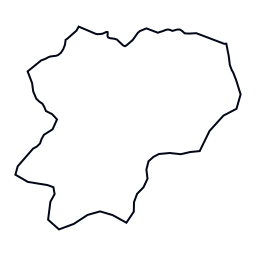 an SVG outline of Artvin
{"feature_id": "TUR-2298", "entity_name": "Artvin", "entity_type": "Province", "adm_level": 1, "iso_a3": "TUR", "parent_name": "Turkey", "parent_adm1": "", "projection": "albers", "projection_center": [41.741, 41.035], "detail": "fine", "context": "isolated", "style": "outline", "palette": "ink", "viewbox_px": 256, "rotation_deg": 0, "n_neighbors": 0, "source": "natural_earth", "source_scale": "10m", "svg_char_len": 1236}
<svg xmlns="http://www.w3.org/2000/svg" viewBox="0 0 256 256"><path d="M224.2,43.8L226.3,43.7L228.7,55.9L229.8,64.8L231.7,70.0L233.1,72.3L236.0,79.7L240.6,94.4L236.5,108.8L223.4,115.6L209.5,131.0L199.7,151.1L190.3,152.0L180.8,154.2L169.8,153.0L158.9,154.0L153.4,156.9L148.5,161.3L146.4,169.6L147.5,178.7L143.5,187.3L137.1,193.8L134.0,202.2L133.8,211.7L126.4,222.7L112.6,215.1L100.1,211.4L87.6,214.9L73.8,223.9L59.0,229.4L48.1,219.7L50.4,201.7L54.6,194.1L53.4,187.2L47.6,185.1L27.8,181.9L15.4,174.7L17.7,166.3L33.1,148.6L36.8,146.6L40.0,143.5L41.5,139.2L43.9,134.8L52.6,129.3L57.0,119.4L52.2,114.2L45.9,111.0L44.4,107.2L42.5,103.8L39.2,101.5L36.3,98.7L33.2,91.4L32.1,83.1L27.9,72.1L27.6,71.5L27.6,71.4L41.2,60.4L45.2,58.9L48.6,57.1L50.3,56.5L55.9,55.8L58.0,55.1L60.9,52.8L63.3,49.1L65.0,44.6L65.6,39.9L67.2,38.8L76.5,30.6L78.7,26.6L95.6,33.8L97.6,34.2L102.3,33.8L106.3,32.0L107.5,32.0L107.7,32.8L107.6,34.4L107.5,36.1L108.2,37.5L110.1,38.2L114.7,38.8L116.8,39.5L123.1,45.4L125.0,46.2L126.6,45.3L132.9,39.8L137.9,32.7L140.0,31.0L146.4,28.4L157.8,32.7L163.4,30.9L165.7,29.9L167.9,29.5L170.1,29.9L172.4,30.9L177.4,29.5L179.8,29.5L182.0,30.9L184.7,33.3L188.5,33.6L196.3,33.2L224.2,43.8Z" fill="none" stroke="#020617" stroke-width="2"/></svg>